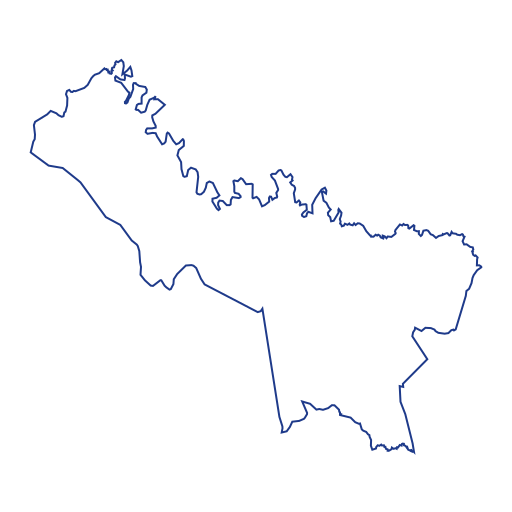 Chingola, Copperbelt, Zambia (Equal Earth projection)
{"feature_id": "96606910B88567375078856", "entity_name": "Chingola", "entity_type": "district", "adm_level": 2, "iso_a3": "ZMB", "parent_name": "Zambia", "parent_adm1": "Copperbelt", "projection": "equal_earth", "projection_center": [27.798, -12.504], "detail": "fine", "context": "isolated", "style": "outline", "palette": "blue", "viewbox_px": 512, "rotation_deg": 0, "n_neighbors": 0, "source": "geoboundaries", "source_scale": "gbopen_adm2", "svg_char_len": 6021}
<svg xmlns="http://www.w3.org/2000/svg" viewBox="0 0 512 512"><path d="M155.6,96.2L154.2,97.7L149.6,99.7L147.3,104.8L145.7,110.5L144.7,111.7L141.1,112.7L138.1,109.9L136.4,109.9L135.7,109.4L136.9,105.0L138.5,103.9L141.6,103.6L141.6,97.4L142.5,95.4L146.4,92.7L146.8,89.6L145.3,87.0L139.1,85.9L135.9,83.8L135.7,83.1L133.7,83.1L133.0,84.9L133.2,89.0L130.4,96.8L128.8,98.6L127.4,102.5L126.0,103.5L125.0,103.2L124.9,101.9L126.0,100.8L128.9,95.0L129.4,92.6L128.0,91.7L121.2,82.8L115.4,80.6L115.0,77.4L115.9,76.2L120.4,79.4L124.5,80.0L125.0,78.4L124.7,74.5L130.9,76.7L132.3,76.1L131.5,70.5L130.3,66.9L127.1,70.6L122.4,74.3L123.8,66.1L123.3,62.3L121.3,60.0L118.1,62.2L116.3,61.3L115.1,62.9L115.5,64.3L114.5,65.4L114.1,67.3L112.2,67.8L111.8,69.3L112.7,70.5L111.3,71.2L111.9,73.0L111.3,73.8L109.5,73.4L109.1,71.8L108.3,72.2L107.7,69.7L106.8,70.0L106.4,69.0L105.1,69.2L104.4,68.4L99.2,73.2L94.9,74.7L93.3,76.0L91.4,78.2L87.7,84.9L84.3,87.9L75.5,91.2L73.8,90.9L72.4,92.0L70.9,91.8L69.3,89.9L67.0,91.0L66.0,94.2L67.4,97.9L67.1,105.5L65.5,111.6L64.3,112.5L63.5,116.2L61.8,116.8L58.5,115.2L56.4,113.3L50.7,110.9L47.2,114.4L35.1,121.8L33.9,125.1L35.0,134.7L34.7,139.2L33.3,141.6L30.7,152.4L48.6,165.6L62.7,168.0L77.8,180.1L80.5,182.4L105.8,217.1L120.3,224.9L131.7,240.5L136.8,244.6L137.8,246.1L139.3,251.1L140.1,262.3L141.0,266.9L140.5,274.8L144.9,280.3L150.7,285.6L153.0,285.9L160.4,280.2L161.3,280.3L164.6,285.7L166.4,287.4L169.5,289.6L170.8,289.1L173.4,284.1L173.8,279.2L177.2,274.0L185.9,265.5L191.5,265.1L193.5,265.7L196.2,268.0L200.9,278.7L204.6,284.4L257.7,312.1L260.7,311.2L262.4,308.7L279.4,416.9L282.4,426.4L282.5,428.3L281.7,432.5L286.7,431.3L289.9,426.9L292.3,421.7L299.2,420.9L304.0,418.8L304.9,417.7L307.0,414.2L307.1,412.9L302.2,401.5L310.1,403.8L316.4,409.6L319.3,409.0L323.0,409.8L328.2,408.1L331.9,405.2L334.5,405.3L339.0,409.7L339.3,411.8L340.0,412.3L340.0,414.6L341.0,414.4L340.8,415.2L350.6,417.6L355.2,422.2L359.0,423.8L360.0,423.5L361.8,429.4L363.3,430.7L366.2,431.9L368.0,434.3L369.4,435.1L369.6,436.8L371.1,440.0L370.9,445.7L372.3,449.7L376.0,448.5L376.2,447.1L377.7,445.3L379.4,445.8L381.2,444.6L381.9,445.5L383.9,445.3L384.4,446.9L385.4,446.8L385.9,448.8L387.5,449.3L387.6,450.3L388.0,450.0L388.9,451.5L388.7,450.9L391.6,449.1L391.9,447.6L393.6,448.8L395.7,448.2L396.7,448.8L397.1,447.2L398.0,447.5L399.8,445.0L401.6,445.6L401.9,444.0L402.7,443.6L403.9,443.8L404.0,445.3L405.6,445.9L406.9,447.8L407.3,447.3L408.1,449.6L409.7,450.4L411.3,450.0L411.8,450.8L411.4,451.3L412.6,451.8L413.3,451.3L414.0,452.0L412.6,443.4L405.3,414.2L400.5,401.8L399.7,386.1L403.2,386.9L402.9,383.8L427.3,359.2L412.3,336.3L413.1,332.3L414.8,329.7L415.1,327.7L421.5,331.0L425.4,327.8L430.9,328.1L434.5,329.6L435.5,331.1L438.3,332.8L444.6,333.7L448.4,333.1L451.3,330.2L453.4,329.6L454.0,330.4L455.7,329.4L465.8,295.9L466.4,291.0L469.1,288.8L471.5,283.2L472.5,278.0L473.7,275.1L477.2,270.2L481.3,267.3L481.2,266.6L479.3,265.3L476.9,265.4L477.1,259.2L477.6,257.5L475.6,255.4L474.7,255.9L473.2,254.8L472.5,252.6L472.9,251.8L472.2,251.3L473.3,249.5L472.8,247.4L470.2,246.9L466.6,244.3L464.1,244.5L462.6,241.2L464.5,236.7L463.5,236.4L462.9,234.6L462.1,234.1L460.0,235.2L457.2,234.7L456.1,233.8L452.6,233.3L451.6,231.9L450.2,235.3L449.4,235.5L447.5,233.2L446.7,233.1L443.7,234.4L442.8,234.0L442.5,235.1L438.7,236.0L436.0,237.9L432.9,235.1L430.7,234.3L428.2,230.8L426.4,230.1L423.4,230.7L422.0,234.9L420.8,236.0L418.8,233.9L418.9,231.2L417.0,231.3L414.0,230.0L414.4,225.8L413.6,225.2L409.3,228.6L408.4,228.2L408.2,225.7L407.5,224.9L404.9,225.0L403.5,224.0L402.2,225.5L399.9,224.5L395.4,230.1L395.0,231.6L395.7,233.1L395.4,233.8L391.4,236.9L387.7,236.5L386.5,238.2L384.8,236.4L382.7,235.6L382.6,236.6L383.5,237.8L383.3,238.5L380.7,237.4L379.8,235.6L378.2,234.7L377.1,235.6L375.7,234.7L373.5,236.7L371.1,236.7L370.8,235.5L370.1,235.5L366.3,231.2L363.2,225.8L359.7,223.5L357.7,223.3L355.6,225.0L354.1,223.3L352.7,225.3L350.1,224.6L349.3,223.5L347.5,224.8L344.9,223.7L343.8,225.7L341.8,226.3L341.2,224.5L340.1,223.6L340.6,221.6L339.8,219.1L341.1,215.5L341.5,212.7L338.7,209.0L338.3,209.9L338.6,212.5L333.7,220.8L331.1,221.3L330.2,217.1L328.2,215.2L327.9,212.7L330.7,209.5L328.9,207.6L326.4,202.8L323.6,200.7L322.0,192.6L322.2,191.8L323.2,191.4L326.0,193.6L326.4,190.6L324.9,187.7L321.6,189.5L315.6,198.2L312.2,204.8L312.5,213.3L308.3,211.8L307.0,213.4L306.3,216.2L304.0,217.0L302.1,215.8L301.9,214.5L303.4,212.4L306.8,209.8L306.4,204.7L305.7,204.2L301.7,204.6L300.0,205.4L299.7,204.8L300.3,202.4L298.9,200.5L296.5,202.5L295.2,202.2L293.8,193.2L295.1,189.5L295.1,187.9L294.1,186.0L291.7,184.7L290.2,182.4L292.6,180.5L292.0,179.6L292.5,177.1L290.5,174.2L286.9,177.2L285.3,176.8L283.5,174.7L281.4,170.5L280.5,170.0L278.6,170.5L275.6,173.9L272.2,173.9L271.0,174.9L271.7,177.0L274.9,180.5L278.1,189.0L278.1,190.0L276.3,192.9L277.2,196.6L276.9,197.5L274.8,198.0L272.4,199.8L271.1,196.7L269.8,196.5L269.0,198.0L269.2,201.6L264.8,205.1L262.0,206.3L259.1,199.4L256.6,196.9L253.1,198.3L252.5,197.7L252.7,184.4L251.7,183.8L246.1,184.2L242.6,179.2L240.9,178.2L237.8,181.2L234.3,180.5L233.4,181.2L234.3,186.1L234.3,191.7L234.9,192.9L238.6,193.8L240.6,196.2L240.6,197.1L238.9,198.1L232.5,197.1L230.9,199.9L230.6,204.4L229.6,205.1L226.7,205.1L222.8,201.0L219.5,200.6L218.2,202.6L218.1,205.1L219.9,208.9L218.5,210.1L216.9,208.7L212.4,201.5L212.5,198.7L216.6,197.8L219.4,195.4L217.3,192.2L212.9,183.0L209.4,181.5L206.8,183.0L205.8,187.7L203.9,191.8L201.2,194.2L199.6,194.5L197.4,193.8L196.5,192.3L198.2,176.9L197.6,172.2L195.7,169.4L191.0,167.7L188.2,170.0L186.8,176.2L184.5,176.8L183.3,176.1L181.5,169.2L181.1,162.1L177.4,155.4L178.8,150.0L183.8,145.9L183.9,141.0L183.2,139.4L182.7,139.2L179.0,143.1L176.2,144.3L173.3,140.9L169.0,133.5L167.6,132.6L166.8,133.6L165.6,141.7L164.2,143.4L162.1,144.3L157.1,136.5L155.7,133.2L152.5,132.9L147.5,133.8L145.7,132.2L146.1,129.9L147.2,128.4L152.1,128.4L155.7,127.6L155.7,125.9L153.4,121.4L152.2,117.3L152.3,115.4L155.4,113.8L164.8,104.8L157.9,99.2L154.4,99.3L155.6,96.2Z" fill="none" stroke="#1e3a8a" stroke-width="2"/></svg>